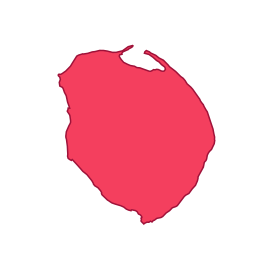 Emau, Vanuatu, rotated 118°
{"feature_id": "77236927B40148322010729", "entity_name": "Emau", "entity_type": "district", "adm_level": 2, "iso_a3": "VUT", "parent_name": "Vanuatu", "parent_adm1": "", "projection": "natural_earth1", "projection_center": [168.487, -17.482], "detail": "fine", "context": "isolated", "style": "filled", "palette": "rose", "viewbox_px": 256, "rotation_deg": 118, "n_neighbors": 0, "source": "geoboundaries", "source_scale": "gbopen_adm2", "svg_char_len": 2445}
<svg xmlns="http://www.w3.org/2000/svg" viewBox="0 0 256 256"><g transform="rotate(118 128 128)"><path d="M148.1,182.4L148.4,182.2L149.8,181.4L151.0,181.2L153.9,181.2L160.2,180.7L164.3,179.1L165.6,178.3L166.9,177.0L172.5,173.0L179.5,168.8L181.3,168.1L182.9,166.6L183.2,164.9L183.2,162.8L182.6,162.7L182.0,162.4L184.7,154.7L187.5,147.4L188.4,142.4L191.5,135.2L193.0,132.8L193.7,132.2L194.6,130.3L194.8,126.6L196.3,122.7L197.5,120.9L198.4,120.6L199.2,119.5L201.2,112.5L201.7,107.1L201.2,103.7L200.0,97.8L199.8,94.6L200.4,91.5L200.2,88.9L199.6,86.5L198.8,86.6L198.4,86.1L197.4,82.6L197.6,80.6L198.7,78.9L199.0,78.4L199.0,77.8L198.9,76.2L199.8,74.3L200.7,73.7L201.5,74.2L202.4,73.2L203.9,72.9L204.3,72.4L205.3,69.0L204.9,69.0L202.3,67.1L201.4,65.3L199.7,64.4L199.7,62.7L199.4,62.5L197.9,62.3L197.0,61.4L194.2,60.1L191.6,56.9L189.9,55.8L185.0,54.4L181.5,52.5L177.6,51.4L174.9,48.9L173.4,48.0L162.1,46.2L160.2,45.5L157.2,43.5L151.6,42.7L146.9,41.5L142.1,41.9L139.7,42.5L138.3,43.2L135.3,43.2L127.3,43.1L127.3,43.3L126.1,43.4L122.9,44.4L121.9,44.4L120.2,43.9L118.6,44.0L114.8,45.2L112.6,45.3L110.6,45.1L107.7,44.2L101.4,44.5L98.2,45.6L97.6,46.2L95.3,47.3L92.9,49.4L89.0,52.5L83.9,57.9L76.5,65.6L75.3,67.8L73.2,71.1L72.1,72.4L71.0,75.0L70.1,76.7L68.9,78.2L63.4,89.1L62.4,91.8L61.3,96.5L59.3,99.9L58.2,102.6L57.8,105.6L55.7,112.6L54.4,120.2L53.5,122.2L51.5,128.6L51.6,133.6L50.8,137.6L51.1,143.0L50.7,144.9L51.0,148.2L52.8,148.9L54.3,148.6L53.2,144.0L53.8,139.2L55.0,134.5L55.1,131.6L56.3,128.2L56.9,124.3L57.2,123.8L58.6,122.5L60.6,122.8L61.4,123.6L62.0,125.2L62.1,128.5L62.7,130.2L64.0,131.5L64.5,132.9L65.8,133.5L67.3,134.7L67.5,135.1L67.9,136.0L68.7,141.4L69.3,145.7L70.5,148.6L70.4,151.2L71.7,155.2L72.0,158.5L72.1,162.7L70.8,166.0L69.4,168.6L68.6,169.5L67.2,169.7L66.2,168.4L65.7,167.9L65.2,168.4L65.1,168.5L63.1,168.2L58.9,164.9L58.7,164.7L58.4,164.7L57.5,164.3L55.5,162.9L54.1,162.2L53.1,162.2L53.0,162.7L56.1,166.0L62.4,169.1L66.7,173.9L68.5,177.2L69.8,182.4L71.1,186.1L72.8,189.4L76.0,193.0L77.7,195.4L80.9,198.5L83.6,202.1L83.8,202.8L86.9,205.9L88.6,207.0L97.0,207.6L100.5,207.8L107.0,209.7L111.4,212.0L112.3,212.7L112.9,214.2L113.2,214.4L114.0,214.5L114.6,213.9L115.1,212.1L116.9,210.5L120.0,210.1L123.0,207.9L122.9,205.2L123.5,203.9L126.4,200.8L128.5,197.7L133.5,193.5L136.6,190.1L137.9,188.8L138.5,190.2L140.2,189.6L141.3,189.6L141.8,189.4L143.7,185.9L144.5,185.0L148.1,182.4Z" fill="#f43f5e" stroke="#9f1239" stroke-width="1.5"/></g></svg>